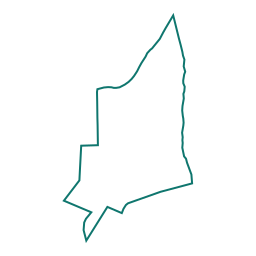 São Pedro do Paraná, Paraná, Brazil
{"feature_id": "56859067B21029400594343", "entity_name": "São Pedro do Paraná", "entity_type": "district", "adm_level": 2, "iso_a3": "BRA", "parent_name": "Brazil", "parent_adm1": "Paraná", "projection": "equal_earth", "projection_center": [-53.17, -22.776], "detail": "fine", "context": "isolated", "style": "outline", "palette": "teal", "viewbox_px": 256, "rotation_deg": 0, "n_neighbors": 0, "source": "geoboundaries", "source_scale": "gbopen_adm2", "svg_char_len": 1006}
<svg xmlns="http://www.w3.org/2000/svg" viewBox="0 0 256 256"><path d="M192.1,183.4L191.4,174.5L187.0,162.6L186.0,158.7L184.1,156.4L182.3,147.7L182.7,143.0L182.4,140.2L182.7,137.2L182.1,132.7L183.3,125.7L183.6,122.7L183.3,118.6L182.8,115.9L182.2,110.5L182.5,106.0L183.8,98.5L183.4,93.9L184.3,91.3L184.7,86.7L183.3,83.3L183.2,80.5L184.2,74.4L185.2,71.7L183.7,66.4L184.4,59.6L183.0,55.6L182.4,52.0L180.7,45.1L178.9,38.4L175.0,22.6L173.2,15.4L165.7,28.0L163.1,32.6L159.8,38.9L154.1,45.9L152.1,48.4L150.4,49.7L147.2,53.2L145.6,56.6L141.4,63.1L139.2,67.1L137.1,71.3L134.1,75.9L131.7,78.9L128.6,81.9L124.8,84.6L119.6,87.3L116.0,87.9L113.9,87.9L111.5,87.3L108.2,87.1L103.9,87.5L97.4,89.2L97.0,92.0L97.2,101.9L97.3,109.8L97.4,117.9L97.6,125.1L97.9,145.2L81.2,145.7L80.3,162.8L79.9,170.4L79.4,180.4L63.9,200.7L91.3,212.3L89.0,215.1L86.0,218.7L84.2,222.5L83.6,230.1L86.3,240.6L107.4,206.9L121.8,213.1L123.5,208.8L125.9,205.0L128.0,203.3L160.5,191.8L192.1,183.4Z" fill="none" stroke="#0f766e" stroke-width="2"/></svg>